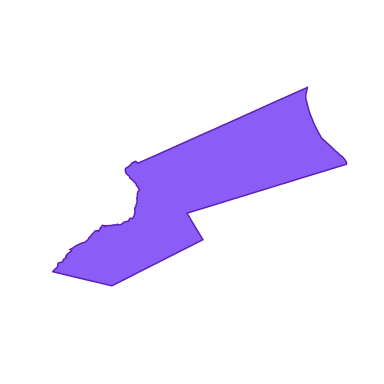 Bodocó, Pernambuco, Brazil (Equal Earth projection), rotated 73°
{"feature_id": "56859067B90933022981907", "entity_name": "Bodocó", "entity_type": "district", "adm_level": 2, "iso_a3": "BRA", "parent_name": "Brazil", "parent_adm1": "Pernambuco", "projection": "equal_earth", "projection_center": [-39.967, -7.683], "detail": "fine", "context": "isolated", "style": "filled", "palette": "violet", "viewbox_px": 384, "rotation_deg": 73, "n_neighbors": 0, "source": "geoboundaries", "source_scale": "gbopen_adm2", "svg_char_len": 2107}
<svg xmlns="http://www.w3.org/2000/svg" viewBox="0 0 384 384"><g transform="rotate(73 192 192)"><path d="M125.7,51.1L130.3,88.2L134.5,121.0L135.1,125.5L136.5,136.8L137.2,142.8L138.8,155.1L139.3,159.9L139.9,164.6L141.5,177.3L142.7,187.1L143.6,193.9L144.2,198.9L144.9,204.4L146.4,216.5L148.6,235.2L146.3,236.8L146.1,238.2L146.5,239.5L147.0,241.5L148.4,243.0L148.9,244.7L149.5,246.5L149.9,248.4L150.8,249.2L152.0,249.3L153.6,249.7L155.1,249.4L156.2,249.0L157.7,247.8L158.8,247.2L160.3,247.4L164.3,244.7L165.4,244.4L167.7,243.1L169.3,243.2L170.4,242.8L172.4,241.9L173.4,242.0L174.9,241.8L175.8,243.5L177.3,244.6L180.4,245.6L181.2,246.4L182.8,246.7L183.8,247.1L185.1,247.1L186.7,248.1L187.9,249.3L189.3,249.7L190.5,251.3L191.7,251.8L193.5,252.0L194.8,252.8L196.5,253.3L199.0,255.4L199.8,256.6L199.2,258.2L199.4,259.7L200.3,260.3L201.1,261.3L201.1,263.6L200.9,265.7L201.8,267.7L202.4,270.0L202.1,271.7L200.9,272.8L201.5,274.2L200.5,276.2L200.6,278.2L200.2,279.7L199.7,281.6L199.7,283.0L198.9,284.0L199.8,285.3L198.6,285.6L197.6,287.6L198.9,288.4L199.3,290.1L201.2,291.4L202.4,293.0L201.3,293.3L201.0,296.4L202.1,297.5L202.9,299.6L204.6,301.7L205.5,303.8L206.5,304.6L207.6,306.3L208.0,307.5L208.7,308.6L208.6,311.2L208.7,314.0L209.1,315.7L209.5,318.9L210.6,321.5L211.0,323.9L211.3,325.5L213.0,324.3L214.7,328.8L216.5,331.5L217.9,331.2L218.8,334.5L220.2,335.6L221.0,336.8L220.8,340.3L221.6,341.4L223.5,341.9L224.9,343.4L225.7,345.7L226.5,347.1L227.5,348.4L237.9,330.9L246.7,315.9L248.6,312.5L258.3,296.0L255.4,279.1L253.7,269.8L253.0,266.0L252.2,261.0L251.6,257.9L249.7,246.7L241.7,200.8L241.4,199.0L240.8,195.5L227.0,199.0L212.0,202.7L210.8,202.9L210.8,189.7L210.8,185.4L210.8,179.1L210.7,160.3L210.7,154.0L210.7,117.2L210.6,104.3L210.7,99.5L210.6,87.5L210.6,73.5L210.6,36.1L208.6,35.6L206.9,36.0L203.3,37.3L201.5,38.4L199.2,40.1L197.3,41.0L194.3,43.1L191.5,44.5L186.6,47.4L180.3,51.1L178.3,52.4L176.5,52.7L175.5,52.9L173.6,53.4L163.3,55.3L161.3,55.5L159.3,55.6L158.2,55.7L152.8,56.2L149.1,56.4L141.5,56.1L135.6,55.8L132.3,54.7L127.8,52.2L125.7,51.1Z" fill="#8b5cf6" stroke="#5b21b6" stroke-width="1.5"/></g></svg>